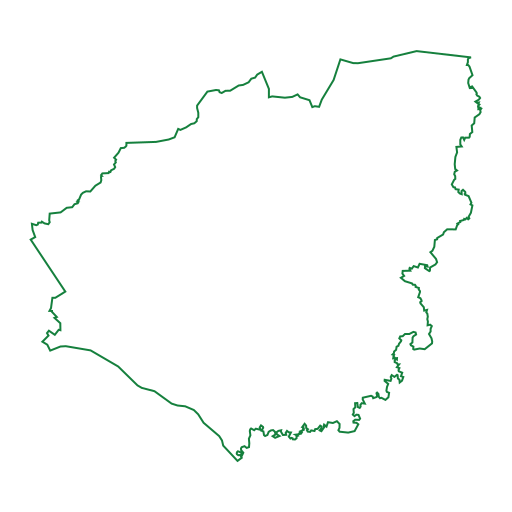 Kalniešu pag., Kraslavas, Latvia
{"feature_id": "27541924B55230125144242", "entity_name": "Kalniešu pag.", "entity_type": "district", "adm_level": 2, "iso_a3": "LVA", "parent_name": "Latvia", "parent_adm1": "Kraslavas", "projection": "orthographic", "projection_center": [27.395, 55.888], "detail": "fine", "context": "isolated", "style": "outline", "palette": "green", "viewbox_px": 512, "rotation_deg": 0, "n_neighbors": 0, "source": "geoboundaries", "source_scale": "gbopen_adm2", "svg_char_len": 6025}
<svg xmlns="http://www.w3.org/2000/svg" viewBox="0 0 512 512"><path d="M362.8,397.7L371.1,395.8L372.7,396.6L373.2,398.2L376.6,397.0L377.2,396.2L376.5,393.2L377.1,392.6L378.4,393.9L378.8,396.8L380.0,398.2L381.4,397.8L385.4,399.9L388.4,397.3L389.1,392.8L386.9,391.9L386.4,390.7L387.0,386.9L388.2,383.9L384.6,380.9L384.7,379.8L390.6,380.9L391.4,378.6L390.7,377.0L391.7,375.1L394.4,376.9L397.0,374.8L397.6,375.1L397.9,378.5L399.4,379.6L399.7,382.5L402.0,380.7L403.3,377.0L401.0,376.2L402.2,372.7L398.8,371.3L398.5,370.1L399.4,368.1L396.9,367.2L399.1,364.4L397.6,364.4L397.1,363.2L394.7,362.1L394.7,360.4L396.1,358.9L396.9,359.5L397.0,358.1L393.2,358.4L393.4,357.4L394.3,357.2L393.5,356.3L394.1,354.9L392.6,354.5L393.9,353.2L394.1,351.5L396.1,349.8L396.6,346.7L398.4,345.8L399.0,343.8L401.0,341.3L401.3,340.3L399.3,338.4L400.2,336.4L402.7,336.2L405.0,334.0L409.3,334.0L413.4,331.9L415.6,332.5L416.1,334.5L413.5,336.2L412.6,337.6L412.4,342.5L410.4,344.1L410.9,345.3L413.4,346.6L413.2,349.0L414.2,349.6L419.7,348.5L424.7,349.2L432.0,343.4L432.2,341.5L431.5,338.3L429.0,334.0L430.6,331.5L430.6,328.8L431.8,326.1L430.2,324.7L427.6,325.3L427.9,321.5L427.3,319.1L427.8,316.7L427.3,313.6L426.3,312.4L427.0,309.9L424.2,310.6L423.8,307.2L420.5,303.4L420.2,302.2L421.6,301.1L421.5,300.3L420.4,298.2L418.2,297.2L419.9,292.3L420.0,291.2L418.7,289.4L418.9,288.0L415.6,286.9L415.7,285.8L415.0,284.8L412.8,284.7L412.0,283.4L404.9,281.2L400.9,277.8L404.1,275.9L402.4,273.6L402.7,270.9L410.3,270.7L409.4,268.9L409.7,267.9L411.8,268.7L413.7,266.1L417.9,267.5L419.6,263.8L427.2,265.2L427.6,266.6L425.0,266.3L424.9,268.2L429.3,271.1L429.9,270.7L430.1,267.5L435.4,264.5L437.1,262.2L436.0,258.9L430.4,252.2L432.4,250.8L434.3,246.8L434.9,240.0L437.1,239.3L437.2,238.0L443.1,234.5L443.9,232.2L447.2,229.3L455.7,229.4L457.2,225.1L458.1,224.4L457.4,223.6L460.3,222.0L460.1,221.0L463.8,220.0L464.2,218.9L465.4,219.4L466.7,217.9L468.2,219.3L469.3,218.4L468.6,216.8L470.9,212.8L472.4,205.4L470.5,204.4L471.4,202.7L468.6,196.1L465.0,194.7L464.7,194.0L465.4,193.2L465.2,191.9L463.0,189.8L461.5,191.1L461.7,194.2L459.8,193.5L458.3,192.0L458.7,189.6L455.6,189.2L455.0,187.4L453.4,187.2L451.8,184.4L454.1,179.9L455.3,178.9L455.2,176.1L454.2,174.2L454.8,171.7L457.0,170.5L455.2,169.0L454.7,164.2L455.4,156.9L457.1,152.4L456.4,146.9L461.7,146.5L460.3,144.4L460.3,139.9L461.3,137.5L463.0,137.4L464.2,139.9L465.2,137.7L469.0,137.7L469.7,136.8L469.9,134.0L472.3,132.1L471.7,125.5L474.2,123.3L474.7,117.5L479.4,114.2L480.6,112.1L480.2,110.0L481.3,108.5L480.1,107.8L480.1,109.2L478.7,109.2L479.3,108.2L478.4,108.4L478.0,106.1L479.4,104.5L478.2,103.8L478.8,102.5L476.9,102.8L475.4,101.6L478.8,99.7L480.1,98.0L479.3,96.7L477.2,95.6L476.4,94.3L476.8,93.2L476.3,92.2L472.1,86.4L470.9,86.9L471.3,88.0L469.8,88.1L468.2,83.0L468.5,79.7L469.2,78.2L472.5,75.2L469.5,66.6L468.3,65.1L466.9,65.0L467.9,62.2L467.9,59.3L468.7,58.1L471.0,57.4L416.6,51.1L393.5,56.6L390.9,58.3L358.0,63.2L353.2,63.1L340.4,59.4L333.6,80.0L321.8,99.6L319.1,106.8L314.8,106.2L312.3,107.1L309.5,100.2L300.1,97.3L297.6,94.4L292.3,96.9L284.9,97.7L272.2,96.4L268.9,97.3L268.9,88.9L261.9,71.8L257.2,74.6L255.1,77.6L251.3,78.7L248.6,82.3L243.1,84.9L238.7,85.5L230.2,90.7L225.5,90.8L221.7,93.0L219.6,92.2L218.9,90.3L216.0,90.0L207.4,91.6L197.1,105.6L197.1,108.0L198.3,112.8L198.3,117.2L196.8,119.1L196.7,121.2L194.3,123.3L191.1,124.0L186.1,127.4L180.4,129.9L178.2,128.9L174.6,137.3L168.7,139.5L156.1,141.9L126.4,142.9L126.4,145.7L125.7,146.6L124.2,147.8L120.8,148.1L118.5,152.7L114.1,157.7L116.1,159.7L115.3,161.0L115.8,162.4L114.0,164.5L115.2,167.1L114.1,168.8L111.1,170.3L110.4,172.0L109.1,171.7L108.6,173.1L102.4,173.4L101.1,175.1L101.7,175.8L100.7,175.8L101.5,176.2L101.0,176.9L101.3,180.2L100.6,182.5L95.4,185.7L90.3,191.5L86.1,191.3L82.9,192.8L81.1,194.6L79.2,199.2L77.8,200.3L78.6,201.0L77.3,201.8L78.2,202.5L77.7,203.3L74.5,204.2L72.2,207.2L66.7,207.8L60.6,212.4L49.7,213.6L49.2,220.3L49.7,222.2L48.3,224.2L44.5,223.4L41.9,221.7L41.5,222.6L38.2,222.7L37.8,224.5L36.3,225.2L31.9,223.8L32.6,230.0L35.2,237.1L30.7,239.6L65.3,291.6L55.3,297.8L52.4,297.8L51.0,308.1L49.5,310.9L52.0,311.0L52.0,311.9L56.8,317.0L54.5,317.9L60.3,323.2L60.4,330.2L58.7,329.8L54.8,334.8L48.9,330.7L47.0,333.1L48.5,335.6L42.4,341.7L47.3,344.7L50.2,350.6L60.5,346.5L65.8,346.2L90.6,350.4L118.2,366.5L137.5,385.4L141.8,387.9L154.5,391.2L171.6,403.6L177.5,405.5L185.2,406.3L193.8,410.0L198.2,414.3L203.6,422.8L219.2,436.1L222.0,440.5L223.2,445.6L237.5,460.9L241.7,457.8L240.2,455.0L238.3,455.2L236.9,454.2L236.7,453.2L237.2,451.9L237.9,451.3L240.9,452.4L242.3,454.8L243.3,452.7L241.1,450.1L241.0,448.4L241.7,447.2L244.5,446.2L246.7,447.9L249.0,447.1L249.3,443.3L248.9,438.7L250.4,435.3L249.8,431.0L250.2,429.4L251.1,428.5L254.2,430.2L255.8,428.7L260.5,429.8L259.7,427.4L261.0,425.4L263.0,426.9L263.2,427.8L261.5,430.7L263.4,431.4L264.0,435.1L265.1,436.0L267.4,435.0L268.7,431.8L271.0,430.4L273.1,430.1L274.9,431.7L275.5,434.5L272.7,436.2L275.1,437.8L279.5,436.0L276.7,434.2L276.6,432.2L278.4,430.9L281.1,430.3L280.8,431.4L282.9,435.0L286.2,434.8L285.7,432.9L287.0,430.9L288.7,432.3L290.9,432.5L288.8,436.6L290.4,438.5L291.5,437.9L292.6,438.3L292.8,439.3L295.0,439.5L296.6,438.2L296.5,436.4L297.6,435.9L295.5,434.7L298.4,434.3L299.8,432.7L299.9,433.9L301.0,433.7L301.9,432.3L300.4,431.3L303.8,429.8L303.8,429.1L302.9,429.4L303.4,427.2L302.3,427.0L304.6,423.8L306.1,425.6L306.2,428.0L307.9,429.2L306.9,430.1L307.7,431.6L310.1,431.9L311.2,430.4L314.5,431.0L315.2,429.1L317.6,428.9L320.2,425.6L321.1,426.2L321.6,427.9L319.7,430.4L321.4,431.2L324.4,426.9L323.6,426.3L324.1,424.6L326.5,426.6L328.0,422.2L332.9,423.0L336.9,421.2L339.6,424.0L339.5,427.9L338.4,430.2L339.6,431.7L348.2,432.6L354.6,431.1L358.3,424.3L356.5,422.8L353.5,422.6L353.3,421.2L355.2,419.7L359.1,419.9L360.1,418.6L358.5,414.9L356.4,414.7L354.5,416.1L352.8,414.6L353.8,412.8L353.5,409.1L355.3,407.3L355.1,403.2L357.3,403.0L357.8,407.0L359.7,407.9L360.6,406.6L360.4,404.9L361.7,403.2L364.8,403.6L362.7,399.4L362.8,397.7Z" fill="none" stroke="#15803d" stroke-width="2"/></svg>